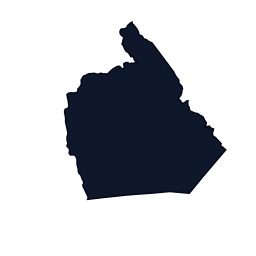 outline of Barro, Ceará, Brazil, rotated 238°
{"feature_id": "56859067B69548867722169", "entity_name": "Barro", "entity_type": "district", "adm_level": 2, "iso_a3": "BRA", "parent_name": "Brazil", "parent_adm1": "Ceará", "projection": "albers", "projection_center": [-38.751, -7.111], "detail": "fine", "context": "isolated", "style": "filled", "palette": "ink", "viewbox_px": 256, "rotation_deg": 238, "n_neighbors": 0, "source": "geoboundaries", "source_scale": "gbopen_adm2", "svg_char_len": 2147}
<svg xmlns="http://www.w3.org/2000/svg" viewBox="0 0 256 256"><g transform="rotate(238 128 128)"><path d="M60.6,112.8L52.0,129.8L40.2,145.4L47.0,165.4L54.0,187.5L55.7,193.0L57.7,199.3L61.1,198.3L63.9,197.0L65.3,198.7L73.8,197.0L76.3,195.7L78.0,196.4L79.5,197.3L80.7,199.0L82.0,200.0L83.2,198.9L84.6,198.0L86.4,198.1L87.3,195.8L87.9,194.0L89.5,195.8L91.1,197.2L94.2,197.1L96.1,197.4L97.9,197.4L99.4,196.7L100.8,195.6L102.7,195.1L104.0,194.1L105.0,192.7L106.8,191.6L108.5,190.3L111.0,189.7L112.8,190.7L115.1,190.7L117.7,191.9L119.2,193.3L119.9,191.8L119.5,190.1L119.7,188.2L120.9,186.5L123.0,187.1L124.4,186.5L126.6,186.6L127.6,189.8L129.3,192.1L130.9,193.2L132.4,195.0L134.8,195.7L137.6,195.3L139.4,195.0L141.6,196.5L143.9,196.3L147.1,196.0L152.0,196.4L162.8,195.5L168.9,195.0L187.3,193.4L190.7,191.3L193.2,190.4L195.3,188.6L198.3,188.7L200.1,187.6L201.3,186.5L203.5,187.7L207.6,188.0L209.9,187.7L212.1,187.5L214.1,186.9L215.8,187.5L215.5,184.0L215.1,182.1L213.8,180.2L213.8,178.1L215.5,174.5L214.3,172.5L212.3,171.4L210.0,171.5L207.1,172.7L205.0,170.1L203.5,169.0L202.7,167.5L200.0,167.6L196.7,167.1L194.3,167.1L191.4,168.3L189.5,168.4L186.9,168.3L185.7,170.3L181.8,169.4L179.2,170.7L179.9,167.0L181.2,165.1L181.6,163.1L183.6,162.6L184.7,160.6L184.8,158.4L181.3,157.0L180.7,155.0L182.0,154.1L184.8,153.6L185.9,151.5L186.0,145.8L185.5,143.2L184.6,139.4L187.1,135.6L188.8,134.0L189.6,130.8L192.5,128.1L193.5,125.8L194.8,123.5L195.1,120.0L195.6,117.6L193.5,113.7L189.9,111.7L188.6,109.5L187.6,106.1L185.2,104.7L185.9,101.4L188.3,97.9L189.0,95.7L188.7,93.9L186.6,93.1L184.8,92.4L183.1,91.9L177.6,89.3L176.5,87.0L177.2,84.7L175.3,82.7L171.4,81.2L169.4,80.3L165.9,78.1L163.9,77.5L156.2,74.6L154.7,73.8L153.0,71.8L150.7,70.2L148.9,69.5L147.2,69.2L145.0,66.6L141.4,67.3L139.3,66.1L137.8,64.7L135.7,64.9L134.7,66.6L133.3,68.6L131.0,68.6L129.1,68.4L126.7,67.1L124.3,65.6L122.6,65.0L120.0,64.3L117.6,62.9L115.5,62.4L113.5,63.0L112.0,62.8L109.7,62.3L104.9,61.7L103.6,59.5L102.1,58.9L98.7,58.7L96.2,58.2L92.5,57.9L90.0,57.4L88.9,56.0L84.5,65.3L81.2,72.2L74.0,87.0L72.2,90.7L66.3,102.1L60.6,112.8Z" fill="#0f172a" stroke="#020617" stroke-width="1.5"/></g></svg>